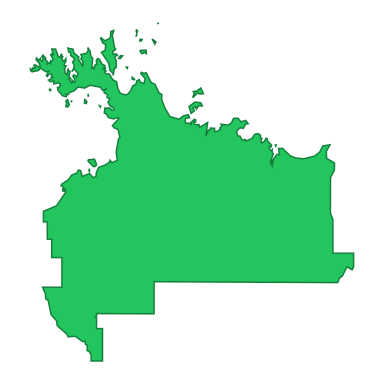 West Arnhem, Northern Territory, Australia
{"feature_id": "25037944B28082311396997", "entity_name": "West Arnhem", "entity_type": "district", "adm_level": 2, "iso_a3": "AUS", "parent_name": "Australia", "parent_adm1": "Northern Territory", "projection": "natural_earth1", "projection_center": [132.77, -12.357], "detail": "fine", "context": "isolated", "style": "filled", "palette": "green", "viewbox_px": 384, "rotation_deg": 0, "n_neighbors": 0, "source": "geoboundaries", "source_scale": "gbopen_adm2", "svg_char_len": 5656}
<svg xmlns="http://www.w3.org/2000/svg" viewBox="0 0 384 384"><path d="M330.0,144.8L322.9,145.9L319.6,152.1L314.4,156.2L303.5,158.8L295.9,158.0L290.2,155.8L282.6,148.4L278.6,148.5L279.4,154.3L276.8,154.6L273.4,159.1L272.2,166.1L270.2,162.1L273.4,153.8L272.1,152.1L272.3,149.6L271.3,150.6L269.1,148.5L269.3,146.6L271.0,147.1L271.6,145.2L267.6,141.0L267.2,138.7L266.1,138.3L264.3,141.5L261.6,142.9L260.9,140.7L261.9,138.4L260.4,137.7L260.5,135.2L258.0,133.5L254.6,134.5L252.1,138.4L245.7,141.1L245.4,139.5L242.2,140.1L240.0,136.1L238.0,136.0L236.4,131.8L238.8,128.6L240.9,127.7L243.2,128.5L245.6,124.1L248.2,123.7L245.7,120.4L240.9,121.8L237.8,118.1L233.6,118.4L231.5,122.7L228.1,125.1L221.0,124.2L222.1,125.8L219.8,128.1L220.5,129.3L217.2,131.4L214.6,131.6L214.6,128.3L210.5,128.0L209.7,130.0L208.4,130.0L205.9,136.0L207.6,122.5L199.8,127.3L198.9,124.6L195.0,124.7L194.0,123.4L194.0,122.1L195.6,122.1L195.7,120.1L194.4,119.2L191.1,122.2L191.2,124.4L189.4,123.0L185.9,123.3L185.0,120.3L185.9,118.3L189.6,117.7L188.2,114.7L183.7,115.7L179.1,119.2L169.9,116.6L164.8,107.8L161.7,99.6L161.8,94.5L158.9,92.6L155.0,84.3L151.2,82.5L146.1,72.6L144.1,73.5L141.5,72.3L140.8,73.5L145.2,78.7L143.9,83.6L140.1,82.1L139.3,79.6L136.7,80.9L135.8,84.5L132.8,85.8L130.7,90.7L127.7,94.2L125.5,94.9L120.3,93.3L117.9,88.7L116.6,81.8L112.9,79.9L109.1,73.8L106.4,74.1L104.5,72.3L106.1,70.9L104.9,70.2L105.4,67.9L103.1,68.8L105.0,65.6L102.1,64.1L99.4,59.3L97.7,58.5L96.3,60.3L96.7,64.4L94.7,65.2L94.2,68.8L92.9,67.4L91.7,68.2L92.7,58.1L90.9,56.5L90.1,51.4L87.8,47.5L88.3,50.4L86.4,53.4L80.9,54.4L81.9,57.1L80.9,58.9L82.6,61.0L83.2,64.6L82.6,65.9L78.5,59.5L78.8,56.9L73.9,53.0L73.1,49.2L67.9,48.1L68.6,51.9L70.7,52.7L70.6,55.4L73.9,58.1L74.4,60.0L72.5,62.0L74.2,65.1L73.8,68.4L71.7,71.6L74.2,69.0L78.1,73.5L76.7,77.0L73.9,74.7L72.9,76.1L75.3,80.5L74.6,82.5L72.1,80.1L72.6,82.3L71.4,82.9L69.7,79.6L70.2,78.4L68.9,78.5L69.9,77.6L69.0,75.4L70.1,71.5L68.5,70.6L68.2,68.5L66.8,74.7L64.5,72.3L65.2,70.7L64.3,69.3L66.1,65.8L64.4,65.8L64.1,64.5L65.9,61.2L65.8,58.6L64.4,60.9L63.0,61.0L62.0,58.4L62.7,56.6L61.1,56.2L62.0,54.8L61.3,54.3L60.1,57.5L58.2,56.4L55.6,49.1L51.7,49.0L53.3,54.5L54.0,54.1L52.7,55.0L51.5,53.9L50.6,54.8L53.2,59.5L51.7,61.4L50.6,60.7L50.6,63.4L49.0,62.4L47.3,64.1L47.2,61.3L44.9,59.1L45.7,58.1L42.9,55.1L42.0,56.5L43.1,58.2L42.5,61.3L40.3,59.8L40.5,58.3L38.4,60.4L36.6,58.0L36.1,59.7L39.3,63.4L40.1,66.1L38.8,67.1L35.5,64.9L33.9,65.2L35.0,68.1L32.5,67.9L32.2,70.2L30.4,68.9L30.8,70.8L32.1,71.8L38.4,70.5L40.4,68.1L45.9,71.8L48.8,71.2L46.3,75.7L47.5,76.5L48.2,74.8L51.0,73.8L52.0,74.9L51.2,76.9L52.9,77.8L48.5,80.1L50.7,81.8L53.9,81.0L53.8,83.9L58.7,82.9L60.4,84.2L59.3,87.4L57.5,87.4L57.9,90.1L62.3,95.6L66.0,96.8L66.8,95.2L66.0,94.1L68.3,94.6L69.4,92.5L73.9,91.0L78.2,87.0L84.8,88.1L89.9,85.3L100.1,87.1L102.8,90.4L107.0,88.5L104.2,90.9L104.1,92.7L107.4,94.6L107.0,97.6L109.8,98.6L108.1,102.3L109.4,105.1L114.1,108.5L114.1,110.1L111.8,110.2L110.0,108.0L104.9,108.0L104.3,113.1L106.3,113.9L108.5,117.6L113.6,118.9L117.8,117.5L118.8,118.6L112.4,125.6L114.0,127.7L118.0,129.5L119.9,137.5L118.5,138.7L116.2,152.1L117.2,160.4L112.1,162.6L110.0,160.3L109.8,161.8L105.7,164.8L98.6,167.4L96.2,173.1L96.1,176.2L93.3,177.8L89.7,173.5L82.3,176.4L80.6,170.5L78.3,170.1L76.9,173.0L71.8,175.0L68.4,179.7L61.7,184.2L61.1,186.0L62.7,186.0L63.5,188.0L62.5,188.9L63.1,191.2L64.8,191.0L64.2,189.7L65.3,188.9L65.6,192.4L56.5,205.8L43.4,211.3L43.4,221.9L47.2,221.9L47.3,239.2L51.7,239.2L51.7,257.6L61.9,257.6L61.9,287.2L42.5,287.2L45.4,293.7L45.6,298.7L48.2,300.6L51.1,314.7L56.5,320.7L57.3,325.8L66.9,334.2L68.1,336.8L75.3,336.3L82.7,341.6L85.2,341.4L85.4,344.2L87.2,345.4L87.2,350.7L89.4,351.7L91.3,355.5L91.0,361.0L102.5,361.0L102.5,328.6L96.5,328.6L96.6,318.6L95.2,316.9L96.6,316.6L96.6,313.6L154.1,313.8L154.1,281.7L337.8,282.6L339.3,278.3L342.3,276.1L346.9,266.9L352.1,269.8L353.6,267.0L353.6,253.2L332.9,253.2L332.9,219.9L330.4,212.6L330.5,177.5L334.4,170.1L334.5,163.0L326.6,158.3L326.3,151.4L330.0,144.8ZM112.9,50.7L114.6,50.6L115.7,48.9L114.6,47.9L112.3,35.3L113.8,30.4L110.8,31.5L110.5,37.0L109.2,38.8L104.6,40.7L101.1,37.7L100.6,38.4L102.9,43.1L105.7,44.5L105.2,50.4L101.4,52.3L108.6,63.1L110.0,70.4L112.9,73.2L113.2,75.4L114.3,68.9L116.3,67.3L116.3,60.9L114.7,57.4L115.9,55.6L117.5,55.6L116.4,53.9L113.0,54.4L112.9,50.7ZM189.0,106.6L191.1,113.3L194.4,110.9L193.0,107.7L195.6,106.7L196.3,109.1L198.8,105.8L202.3,106.0L200.8,102.8L195.0,102.0L189.0,106.6ZM88.0,161.2L93.4,166.6L95.5,166.4L96.6,164.4L94.5,159.2L88.4,159.8L88.0,161.2ZM193.3,91.6L194.3,93.0L192.7,97.7L197.8,92.8L199.5,94.0L203.4,93.8L200.9,88.0L196.7,91.0L193.3,91.6ZM66.6,102.9L65.8,106.6L67.7,107.0L69.4,104.8L67.5,99.7L65.8,101.0L66.6,102.9ZM146.1,50.2L140.7,50.2L140.0,51.1L141.9,53.8L144.4,52.5L146.3,53.6L146.1,50.2ZM152.1,39.0L154.8,44.1L156.0,41.8L152.1,39.0ZM84.4,103.0L86.3,103.6L86.9,101.6L84.8,99.5L84.4,103.0ZM120.5,55.6L118.6,58.4L120.4,58.5L122.6,55.8L120.5,55.6ZM89.6,172.3L89.4,168.7L88.9,170.4L89.6,172.3ZM271.2,163.5L272.5,161.6L272.2,160.5L270.5,162.1L271.2,163.5ZM139.7,40.9L140.6,40.6L141.2,41.0L141.5,40.9L142.1,39.5L140.2,39.2L139.7,40.9ZM132.2,79.1L134.1,79.9L134.6,79.2L132.2,77.3L132.2,79.1ZM49.3,89.6L50.4,90.8L50.9,90.3L50.0,89.0L49.3,89.6ZM136.8,33.3L137.6,30.9L136.5,30.0L136.2,30.8L136.8,33.3ZM136.0,36.7L137.0,34.0L136.1,35.6L136.0,36.7ZM88.0,93.8L88.2,96.8L88.4,94.9L88.0,93.8ZM275.4,144.9L275.8,146.1L276.3,145.0L275.4,144.9ZM127.4,68.4L127.6,67.1L126.3,67.0L126.3,67.6L127.4,68.4ZM99.5,105.7L100.3,107.1L100.7,106.2L99.5,105.7ZM158.7,23.0L157.0,23.7L158.0,23.5L158.7,23.0ZM71.2,101.4L71.9,102.1L71.6,101.1L71.2,101.4Z" fill="#22c55e" stroke="#15803d" stroke-width="1.5"/></svg>